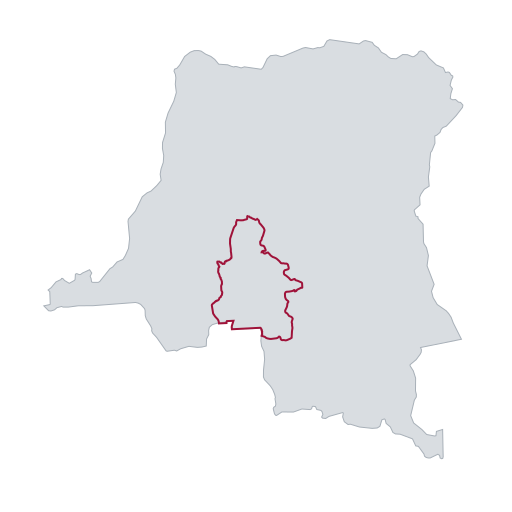 location of Kasaï-Occidental within Democratic Republic of the Congo, rotated 357°
{"feature_id": "COD-1872", "entity_name": "Kasaï-Occidental", "entity_type": "Province", "adm_level": 1, "iso_a3": "COD", "parent_name": "Democratic Republic of the Congo", "parent_adm1": "", "projection": "orthographic", "projection_center": [21.465, -5.12], "detail": "fine", "context": "in_parent", "style": "outline", "palette": "rose", "viewbox_px": 512, "rotation_deg": 357, "n_neighbors": 0, "source": "natural_earth", "source_scale": "10m", "svg_char_len": 9456}
<svg xmlns="http://www.w3.org/2000/svg" viewBox="0 0 512 512"><g transform="rotate(357 256 256)"><path d="M456.8,349.9L415.5,356.0L416.3,358.3L415.9,360.8L414.8,362.7L410.5,367.9L404.2,372.6L404.1,373.7L407.1,379.0L409.0,386.3L408.2,399.1L408.9,402.6L408.7,405.2L406.6,408.2L402.1,423.5L404.7,431.0L412.6,438.0L417.1,443.2L425.0,445.1L426.3,444.9L427.0,440.6L433.3,439.0L432.4,466.3L431.9,467.9L430.8,468.2L429.3,467.3L428.9,464.7L427.2,463.5L419.4,466.8L417.5,466.7L415.4,466.1L413.8,464.7L413.4,462.6L408.2,454.6L405.6,454.0L402.7,446.8L390.6,441.5L386.0,441.0L383.5,439.4L381.2,433.7L377.2,430.0L376.4,426.0L375.6,425.4L373.1,426.2L370.8,432.6L368.0,434.1L363.0,434.2L350.4,432.2L341.4,428.9L339.1,429.1L335.5,426.1L334.1,421.2L335.0,417.4L334.3,416.9L320.5,420.0L317.1,421.9L314.0,421.4L313.1,420.3L314.5,417.7L313.8,414.9L312.8,413.6L308.7,412.5L307.5,409.5L305.0,409.0L304.2,409.5L303.5,411.5L302.0,412.2L293.8,411.2L285.2,413.8L273.7,413.1L268.2,416.3L267.4,416.2L266.2,414.6L265.2,409.4L265.8,408.0L267.5,407.0L268.1,404.9L267.5,399.5L268.0,398.2L267.4,395.1L265.7,390.2L263.3,386.2L258.1,380.1L257.1,377.2L257.5,370.5L259.2,359.7L259.0,351.7L256.9,346.5L256.4,341.0L257.8,330.9L256.4,328.5L230.0,327.7L228.9,326.9L228.4,325.5L229.6,319.6L213.5,321.1L208.7,322.3L205.7,324.7L204.8,327.8L204.7,332.1L202.3,336.3L201.6,343.3L197.2,344.1L192.7,344.2L184.2,342.7L175.9,344.7L171.8,346.7L169.6,345.8L162.2,346.5L161.2,346.0L152.5,332.1L148.7,327.5L147.9,325.3L148.2,323.1L147.1,320.2L143.1,313.1L142.3,309.8L142.4,304.6L142.0,302.8L138.3,298.3L135.9,296.9L133.3,296.1L90.4,297.1L76.2,296.4L65.9,297.2L60.6,296.9L59.2,296.2L54.5,297.2L52.0,299.2L48.3,300.2L46.0,299.8L41.5,294.7L47.6,293.7L48.0,293.2L48.2,280.8L46.6,279.1L49.8,276.9L54.9,271.4L60.0,269.3L60.7,268.2L61.8,268.3L63.6,270.5L68.1,273.5L73.5,270.8L74.1,270.0L74.7,264.7L76.1,264.2L78.4,265.3L79.7,265.3L82.1,263.8L89.1,261.0L91.1,264.4L89.3,267.5L90.1,269.7L90.4,273.1L91.5,273.8L97.0,274.1L98.6,273.3L109.5,261.0L112.3,259.5L116.9,254.7L123.0,252.4L125.6,248.6L129.1,241.7L130.7,231.9L130.0,214.8L130.5,212.5L137.9,204.8L145.5,190.9L150.6,187.2L154.5,185.7L160.5,180.6L165.2,175.5L164.6,169.3L165.7,164.2L168.3,157.7L169.1,150.9L168.2,143.7L168.6,137.8L172.1,128.4L172.5,117.6L175.7,108.6L182.0,97.1L185.0,88.6L184.4,80.2L185.3,74.0L185.0,70.4L183.8,67.2L184.4,65.2L186.8,64.4L189.8,61.3L195.2,53.0L201.0,49.0L205.0,47.7L209.2,47.8L211.9,48.5L216.3,51.8L221.3,54.3L225.1,57.5L228.8,62.5L237.8,63.6L241.6,65.4L244.0,66.1L244.9,65.6L246.7,65.9L251.0,67.4L254.3,66.5L271.0,69.8L272.8,68.2L277.5,59.6L280.9,56.7L286.6,56.4L291.1,58.1L293.4,58.1L313.8,50.8L316.4,50.4L323.8,52.2L328.6,51.1L330.6,51.4L334.7,50.2L338.1,45.0L340.9,43.8L370.1,49.6L374.6,46.9L376.7,46.6L383.2,48.7L385.2,51.8L389.1,54.6L391.9,59.1L396.3,61.7L398.5,64.1L401.0,65.8L406.3,66.4L413.0,62.5L417.8,62.9L422.6,65.2L424.2,65.1L427.8,62.8L429.6,60.3L431.5,59.8L434.3,60.9L436.6,63.3L438.7,66.8L446.0,74.6L453.0,78.0L454.8,82.7L457.4,82.3L458.7,82.8L460.5,85.8L461.8,86.4L462.0,87.6L460.3,90.5L458.7,95.8L460.9,99.2L459.1,104.0L458.2,109.0L460.5,110.3L463.5,110.2L466.2,112.9L468.3,113.3L470.5,116.1L470.0,118.4L463.1,126.4L452.8,136.3L449.3,137.5L447.5,139.3L446.2,142.2L443.1,144.6L440.8,145.6L440.6,152.8L437.1,160.3L435.8,161.8L433.9,174.0L434.2,176.1L432.3,186.1L432.6,195.3L427.5,198.2L424.0,202.7L422.5,205.9L422.5,213.5L416.7,218.1L416.3,219.1L417.7,224.5L419.8,225.3L419.8,227.1L424.5,233.0L424.0,250.6L424.3,252.4L426.7,256.6L428.2,264.6L426.3,274.8L432.4,293.6L429.4,300.4L430.7,306.9L434.4,313.9L443.1,320.7L445.4,323.6L447.6,327.3L449.5,333.2L456.8,349.9Z" fill="#d9dde1" stroke="#a8b0b8" stroke-width="1"/><path d="M228.1,327.9L228.0,325.7L228.2,324.6L230.1,319.5L223.8,319.5L223.5,319.5L223.4,319.7L223.2,320.0L223.1,320.3L223.0,321.1L223.0,321.4L215.5,321.4L215.3,319.3L215.0,318.3L214.8,317.9L214.5,317.3L212.0,314.3L210.7,312.1L210.2,311.2L209.3,303.2L209.3,302.9L209.5,302.2L209.9,301.9L210.3,301.5L210.5,301.2L211.1,300.9L211.3,300.8L211.6,300.5L212.0,300.3L212.3,300.0L212.7,299.5L213.2,299.4L213.4,299.2L213.7,298.8L213.9,298.8L214.2,298.9L214.4,298.8L214.6,298.5L214.8,298.4L215.3,298.5L215.5,298.4L215.9,298.1L216.3,297.9L216.4,297.7L216.7,297.4L216.8,297.3L217.0,296.6L217.1,296.4L217.3,295.9L217.5,295.7L218.2,295.4L218.6,295.2L219.0,294.1L219.2,293.9L219.4,293.7L219.7,293.4L219.9,293.1L220.1,292.5L220.1,291.8L220.3,291.5L220.3,291.2L220.4,290.8L220.3,290.0L220.1,289.7L220.0,289.3L219.7,288.8L219.6,288.6L219.6,284.3L219.7,283.8L220.0,283.3L220.2,282.5L220.5,282.3L220.6,282.2L220.6,279.6L220.5,279.4L220.3,278.6L220.2,278.3L220.1,278.0L220.0,277.6L219.9,277.4L219.6,277.2L219.5,276.9L219.4,276.6L219.5,276.2L219.6,275.9L218.9,275.0L218.7,274.7L218.7,274.4L218.4,272.8L218.2,272.4L218.1,271.7L217.9,271.3L217.6,271.0L217.5,270.7L217.4,269.9L217.4,269.0L217.5,268.9L217.6,268.7L217.7,267.7L217.6,267.2L217.7,266.8L218.0,265.9L218.4,265.5L218.5,265.4L218.9,264.8L218.9,264.7L218.7,264.4L218.4,264.1L218.2,263.7L218.2,263.1L217.9,262.6L217.6,261.9L217.2,261.5L217.2,261.4L217.1,261.2L217.0,260.3L217.0,259.9L217.2,259.6L217.5,259.7L218.7,259.6L219.2,259.7L219.9,260.5L220.4,260.8L220.8,260.6L221.2,260.9L221.4,261.2L221.9,261.9L222.2,262.2L222.5,262.2L222.8,262.1L223.3,262.0L223.6,262.1L223.8,262.2L224.2,261.9L224.3,261.7L224.3,261.0L224.5,260.5L224.7,260.0L225.1,259.7L225.6,259.5L226.0,259.8L226.2,259.7L226.3,259.6L226.3,259.2L226.6,259.1L227.0,259.1L227.9,258.9L228.9,258.5L229.7,258.1L230.4,257.5L230.6,257.0L230.8,256.8L231.1,256.8L231.1,256.7L231.4,256.3L231.5,255.9L231.5,255.5L231.3,251.6L231.1,250.3L231.2,247.6L230.7,242.2L231.0,238.1L231.2,237.0L235.2,226.8L236.0,225.6L237.1,224.5L237.4,224.1L237.7,223.6L237.8,223.2L237.9,222.9L237.8,222.0L237.9,221.5L238.0,221.1L238.1,220.8L238.9,219.1L242.9,219.6L244.6,219.6L245.3,219.6L246.1,219.3L248.2,218.9L248.8,218.7L249.1,218.4L249.3,216.1L249.4,215.8L249.5,215.7L250.6,216.2L251.1,216.3L251.4,216.3L251.7,216.8L252.2,217.2L252.4,217.3L252.5,217.4L253.3,217.5L253.7,217.9L254.2,218.3L255.2,218.8L255.6,218.8L255.8,218.9L256.4,219.4L257.3,219.8L257.6,219.9L258.9,219.3L259.1,219.1L260.3,220.2L260.7,220.8L260.9,222.2L261.1,222.8L261.3,223.4L261.5,223.7L261.7,224.0L262.2,224.4L265.0,228.2L265.3,228.9L265.6,229.6L265.8,230.4L265.8,230.7L265.8,231.1L264.0,236.2L262.9,238.1L262.8,238.4L262.6,239.3L262.5,239.7L262.4,240.0L262.2,240.4L262.0,240.7L261.2,241.5L260.9,242.1L260.9,243.8L261.0,244.5L261.1,244.9L261.3,245.2L261.6,245.5L262.0,245.7L263.6,246.1L263.9,246.2L264.2,246.4L264.4,246.6L264.8,247.2L265.9,250.1L265.9,250.6L265.9,250.9L265.7,251.2L265.4,251.3L264.8,251.3L264.0,251.2L263.7,251.2L263.1,251.3L262.8,251.4L262.5,251.6L262.3,251.7L262.1,252.0L261.9,252.2L261.8,252.6L262.2,252.6L263.3,252.8L263.5,252.9L263.6,253.2L263.9,253.5L264.2,253.8L264.4,254.0L264.8,254.0L265.3,254.0L265.8,253.9L266.3,253.5L267.9,253.2L268.1,253.1L268.3,253.3L269.9,255.1L270.4,255.9L271.0,256.5L272.6,257.8L273.1,258.0L274.3,258.5L275.6,259.2L276.7,260.0L278.9,262.2L280.4,264.1L280.6,264.4L280.9,264.5L281.3,264.6L281.8,264.7L282.9,264.7L284.5,265.1L286.0,265.2L286.3,265.3L286.7,265.5L287.2,266.0L287.4,266.3L287.5,266.7L288.0,269.0L288.0,269.5L288.0,270.1L287.9,270.4L287.7,270.6L287.4,270.8L287.1,271.0L284.1,271.7L283.7,272.0L283.1,272.9L283.0,273.4L282.9,274.0L283.0,275.0L283.1,275.5L283.2,275.8L283.5,276.1L285.3,277.4L287.6,279.5L289.0,281.3L289.3,281.6L289.6,281.8L289.9,281.9L290.5,281.8L290.8,281.7L292.9,281.0L293.2,281.0L293.4,281.0L293.6,281.2L293.8,281.5L294.0,281.9L294.2,282.2L294.5,282.3L296.5,283.0L298.6,284.1L299.5,284.5L299.9,284.7L300.3,285.1L300.5,285.4L300.6,285.8L300.6,289.7L300.5,290.0L300.3,290.1L300.1,290.2L299.3,290.1L299.1,290.1L298.8,290.2L297.9,290.8L297.3,291.0L295.8,291.6L295.5,291.7L295.3,291.9L295.1,292.1L294.8,292.5L294.6,292.8L294.4,293.0L294.1,293.1L293.5,293.3L293.2,293.4L292.9,293.4L292.6,293.1L292.6,292.9L292.7,292.3L292.7,292.1L292.3,292.0L290.9,292.7L290.2,292.9L287.2,293.3L284.8,293.3L284.3,293.4L283.9,293.6L283.7,293.7L283.5,293.9L283.2,294.5L282.9,295.3L282.9,295.5L282.9,298.4L283.2,299.5L283.4,300.2L283.7,300.7L284.0,301.1L284.4,301.6L285.5,302.5L285.8,302.9L285.9,303.3L285.9,303.6L285.7,303.9L285.4,304.3L284.9,305.1L284.8,305.5L284.5,307.4L284.3,308.0L283.9,309.0L282.4,311.7L282.3,312.1L282.2,312.5L282.3,313.1L282.4,313.5L282.5,313.8L282.7,314.1L283.0,314.2L283.9,314.8L284.3,315.2L284.7,315.8L285.4,316.9L285.6,317.2L285.8,317.5L286.0,317.7L286.7,318.0L287.5,318.3L287.8,318.5L288.4,318.9L289.0,319.7L289.1,319.9L289.3,320.2L289.3,320.5L289.3,320.8L288.3,323.3L288.3,323.7L288.2,324.0L288.2,324.5L288.4,325.1L288.5,325.8L288.4,327.0L288.4,327.7L288.6,328.8L288.6,329.4L288.6,330.0L288.0,333.0L287.3,339.5L285.8,340.4L282.5,341.6L281.5,341.8L281.0,341.8L280.6,341.7L279.9,341.5L279.4,341.4L278.2,341.4L277.8,341.4L277.5,341.3L277.2,341.2L276.7,340.8L276.6,340.7L276.4,340.3L276.1,338.8L276.0,338.5L275.8,338.2L275.6,338.0L275.2,337.7L274.9,337.7L274.7,337.7L274.5,337.9L273.4,338.8L272.9,339.0L272.2,339.2L266.9,339.6L265.4,339.5L263.1,338.9L261.9,338.4L261.7,338.2L260.8,337.4L260.6,337.2L257.4,336.0L257.5,335.7L257.6,335.3L257.7,335.1L258.0,334.8L258.1,334.6L258.1,333.8L258.0,333.6L257.9,333.3L257.9,333.0L258.0,332.8L258.2,332.3L258.2,332.0L258.2,331.9L257.9,331.7L257.9,331.4L258.0,331.2L258.0,330.8L257.7,330.5L257.6,330.2L257.7,329.9L257.8,329.7L257.6,329.4L257.0,328.3L256.9,328.1L256.6,328.0L256.5,327.9L228.1,327.9Z" fill="none" stroke="#9f1239" stroke-width="2"/></g></svg>